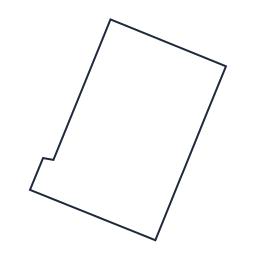 Marshall, South Dakota, United States of America, rotated 112°
{"feature_id": "52423323B27274564243659", "entity_name": "Marshall", "entity_type": "district", "adm_level": 2, "iso_a3": "USA", "parent_name": "United States of America", "parent_adm1": "South Dakota", "projection": "mercator", "projection_center": [-97.549, 45.747], "detail": "fine", "context": "isolated", "style": "outline", "palette": "slate", "viewbox_px": 256, "rotation_deg": 112, "n_neighbors": 0, "source": "geoboundaries", "source_scale": "gbopen_adm2", "svg_char_len": 364}
<svg xmlns="http://www.w3.org/2000/svg" viewBox="0 0 256 256"><g transform="rotate(112 128 128)"><path d="M222.1,195.7L221.8,60.6L200.8,60.6L199.2,60.6L158.4,60.6L155.9,60.6L149.1,60.5L143.2,60.5L104.6,60.5L84.5,60.5L82.7,60.5L39.1,60.3L34.1,60.3L34.0,122.5L33.9,184.9L185.5,185.2L187.7,195.5L222.1,195.7Z" fill="none" stroke="#1e293b" stroke-width="2"/></g></svg>